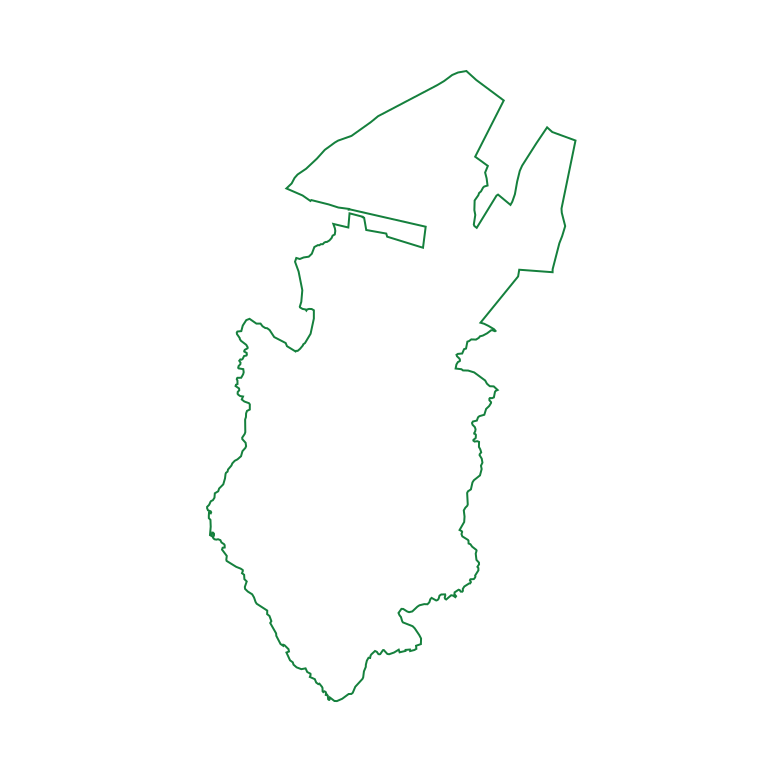 outline of Panotla, Tlaxcala, Mexico, rotated 187°
{"feature_id": "50627088B24091411399710", "entity_name": "Panotla", "entity_type": "district", "adm_level": 2, "iso_a3": "MEX", "parent_name": "Mexico", "parent_adm1": "Tlaxcala", "projection": "robinson", "projection_center": [-98.282, 19.352], "detail": "fine", "context": "isolated", "style": "outline", "palette": "green", "viewbox_px": 768, "rotation_deg": 187, "n_neighbors": 0, "source": "geoboundaries", "source_scale": "gbopen_adm2", "svg_char_len": 6126}
<svg xmlns="http://www.w3.org/2000/svg" viewBox="0 0 768 768"><g transform="rotate(187 384 384)"><path d="M274.4,200.7L271.1,201.3L270.1,202.9L269.8,203.9L270.2,205.0L267.6,210.5L267.9,212.8L269.0,213.9L267.7,216.6L268.0,218.3L270.8,220.7L272.3,226.8L271.8,229.9L272.2,230.6L276.7,233.3L278.7,235.5L280.6,236.0L281.1,238.9L281.7,239.5L287.7,242.3L288.8,244.5L288.4,246.7L288.9,247.4L291.2,248.3L287.6,256.8L287.9,262.2L289.4,268.3L288.2,271.1L286.5,273.3L286.2,274.7L288.2,286.0L287.6,287.7L284.9,290.0L284.2,297.1L283.1,299.4L277.6,305.0L276.7,311.5L277.8,314.7L276.7,317.9L277.9,321.8L280.5,325.1L280.4,326.1L279.2,328.0L280.5,330.9L282.1,333.1L282.6,338.1L284.4,338.6L287.1,337.9L288.4,338.7L288.4,339.5L286.5,341.4L286.4,342.2L286.6,344.7L287.2,345.4L288.3,345.6L288.5,346.2L287.7,348.1L287.6,350.2L288.6,352.3L291.1,354.3L291.9,356.0L291.2,357.6L287.4,359.0L286.6,362.4L285.4,363.7L280.7,365.7L279.6,371.7L276.9,375.0L275.5,378.1L275.5,379.0L277.4,380.7L277.6,382.3L277.1,383.0L275.1,383.1L273.3,384.1L272.9,389.7L272.3,390.8L270.5,391.9L274.8,395.0L278.6,394.7L279.8,395.4L281.9,396.9L284.0,399.8L295.9,406.5L302.2,407.6L307.3,407.1L308.9,408.1L314.8,408.1L314.5,412.2L313.3,414.8L311.6,415.9L311.5,417.0L312.1,418.3L314.9,420.4L315.6,421.8L314.3,422.9L310.1,423.8L308.8,428.3L306.9,429.2L306.4,436.2L304.9,436.9L302.8,438.9L298.1,439.3L295.5,441.4L294.6,443.0L291.8,444.1L287.8,446.9L284.2,450.4L283.0,450.6L280.3,449.9L279.8,450.3L281.5,451.8L287.4,454.4L292.0,456.0L295.7,456.6L264.0,507.1L263.7,513.9L230.3,515.5L230.6,518.5L227.1,545.1L225.2,552.5L223.4,562.8L228.4,575.6L229.2,579.7L223.6,649.0L247.7,654.6L253.4,658.6L262.2,641.3L273.5,617.6L275.2,612.1L276.5,601.2L277.2,588.3L278.9,580.5L280.3,577.2L293.9,585.9L295.3,584.7L311.0,550.3L313.5,551.8L314.3,553.2L314.0,562.9L315.5,567.6L316.4,577.2L313.4,582.8L312.9,585.1L311.2,587.0L309.6,591.0L308.6,592.2L305.4,593.6L307.2,600.6L309.4,606.2L307.5,613.1L321.2,620.7L299.7,680.0L329.5,697.0L340.4,704.7L348.5,702.2L354.0,699.0L361.3,692.0L367.5,687.2L422.5,649.1L429.0,642.3L446.5,626.3L459.2,620.0L462.2,617.7L471.3,609.2L478.0,599.6L487.5,588.2L495.3,581.4L497.9,577.6L500.1,571.8L504.7,566.2L487.8,561.2L479.3,556.7L478.6,557.7L460.8,555.5L450.8,553.6L440.0,553.5L440.1,552.8L438.6,553.1L361.8,545.2L361.9,524.0L398.8,530.6L400.1,533.6L420.4,534.7L424.0,546.6L425.5,546.9L425.5,547.4L439.0,549.2L438.5,535.0L453.8,536.7L451.7,532.5L451.0,530.0L451.1,526.4L453.1,525.0L453.8,522.5L455.7,519.8L458.0,518.0L459.1,517.9L460.5,517.1L461.8,515.3L463.7,515.1L465.2,513.8L466.5,513.8L469.8,511.5L471.5,504.5L474.2,501.2L479.2,499.8L482.8,497.8L486.4,498.4L487.2,494.5L482.5,485.3L476.5,467.1L476.1,455.5L477.0,450.4L476.7,449.8L474.0,448.6L470.9,448.4L470.0,447.4L469.4,448.6L467.5,449.4L464.9,449.6L462.6,448.6L461.6,440.4L463.0,424.9L467.4,415.0L469.0,413.5L469.2,412.4L471.6,408.7L473.7,406.4L475.3,406.2L475.7,405.5L484.9,409.7L486.6,412.7L498.7,417.2L504.1,423.6L506.7,425.1L508.7,425.1L511.6,426.5L513.9,428.9L518.0,428.4L525.4,432.3L528.5,430.6L531.3,424.8L532.1,419.1L535.9,418.2L536.4,417.1L536.0,415.6L532.8,412.0L532.6,411.1L531.3,409.5L525.5,406.1L523.8,403.8L523.8,402.8L526.3,401.0L526.7,400.1L526.7,399.2L524.1,398.1L523.7,396.4L524.0,395.5L526.3,394.7L527.4,391.6L528.3,390.8L529.6,390.9L530.5,389.4L529.0,387.7L529.0,386.1L530.5,384.1L530.7,382.3L530.2,381.8L525.5,381.6L524.7,378.6L525.0,376.5L526.5,372.8L530.2,372.3L530.6,371.7L530.7,370.7L529.9,369.6L529.4,366.1L530.8,365.2L531.1,363.9L527.3,361.9L526.9,360.1L528.2,358.3L528.1,356.4L527.2,355.5L525.3,354.5L522.4,354.4L523.3,351.3L520.5,349.6L515.7,348.5L514.7,347.4L514.1,342.3L516.7,340.6L517.3,338.0L517.0,334.4L517.5,331.8L515.8,319.3L516.2,317.4L518.2,313.5L517.9,312.0L514.2,308.8L513.3,305.5L513.8,303.7L516.3,300.1L517.1,294.9L520.3,291.3L522.8,289.6L524.9,286.7L525.5,284.5L528.4,280.1L528.6,278.0L530.0,276.6L530.3,275.4L530.3,271.0L531.3,264.8L534.9,260.2L535.5,257.3L538.6,254.9L538.4,250.5L539.7,247.8L541.4,246.7L541.9,245.8L542.8,242.8L544.6,240.5L544.4,239.1L543.3,237.2L540.5,236.5L539.9,235.6L540.2,234.5L542.0,234.8L541.8,231.7L541.5,229.5L539.7,228.0L538.6,221.2L538.3,212.8L536.6,212.1L536.3,215.6L535.5,215.6L534.5,214.7L534.3,213.2L535.0,210.7L534.2,209.8L533.2,209.2L531.4,209.1L529.8,209.7L527.4,209.1L526.0,206.9L523.2,205.5L522.5,204.6L522.2,202.3L524.2,201.8L524.6,199.9L519.1,194.2L519.1,190.3L518.6,189.2L508.4,184.5L503.8,183.3L501.6,182.2L501.3,181.3L501.9,178.9L499.6,177.6L498.8,173.3L496.2,171.3L497.4,165.6L496.9,163.7L493.9,161.4L489.2,159.2L487.0,156.3L484.9,152.0L483.6,150.4L472.3,144.9L471.9,141.3L469.4,139.8L466.9,134.9L467.8,132.9L460.7,123.3L460.2,120.9L455.0,113.3L452.2,111.9L452.1,112.9L450.9,112.6L446.5,109.2L445.7,106.9L448.1,105.6L443.6,98.3L440.6,96.6L439.6,94.4L436.2,92.1L431.3,90.9L427.2,92.2L425.1,88.8L421.7,87.5L421.4,86.2L421.9,84.2L416.7,82.6L414.9,79.4L412.6,78.1L411.6,78.7L408.7,75.9L408.0,74.8L407.5,71.5L406.7,70.8L405.8,71.7L404.5,71.3L403.9,70.3L403.9,68.3L403.2,68.2L403.1,69.1L401.8,67.8L401.0,64.3L400.3,63.8L399.8,63.8L399.4,64.7L399.4,66.2L394.5,63.3L392.0,63.6L387.1,66.5L381.3,72.0L378.6,72.4L377.4,73.7L375.6,80.0L369.4,88.7L368.9,90.3L368.9,96.3L367.6,101.0L367.8,103.1L367.3,107.3L366.0,110.4L364.4,110.4L364.2,112.9L363.6,114.1L360.4,117.9L358.5,117.3L356.6,115.2L355.3,115.2L354.8,115.5L352.6,119.7L351.8,119.9L347.8,116.5L346.0,116.4L341.3,118.7L337.0,122.1L335.8,119.6L330.1,121.7L330.2,122.7L325.9,123.6L325.5,122.1L321.4,123.7L319.6,125.1L320.3,128.1L315.7,130.3L316.2,135.9L318.4,139.1L323.8,145.3L326.1,147.1L336.2,149.7L337.1,150.9L338.8,154.8L340.3,156.2L341.7,158.5L339.3,162.9L337.6,163.1L333.2,161.0L331.3,160.6L328.2,161.7L323.7,167.1L321.8,168.7L317.3,170.4L314.0,170.7L312.4,172.9L311.8,176.0L310.7,177.5L305.8,175.5L304.5,176.1L303.6,177.5L303.1,180.7L301.5,182.1L297.7,182.6L297.4,181.7L297.7,179.2L297.0,178.1L296.0,177.7L291.6,182.5L289.7,182.4L287.2,181.1L286.6,182.2L288.5,184.0L288.5,185.8L284.9,188.9L283.8,188.7L282.6,187.3L281.0,187.4L280.5,188.3L280.8,190.3L279.6,192.8L275.1,196.5L274.2,196.6L273.6,198.0L274.8,199.7L274.4,200.7Z" fill="none" stroke="#15803d" stroke-width="2"/></g></svg>